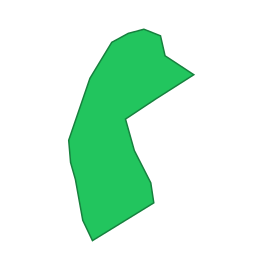 the border of Sheema, rotated 153°
{"feature_id": "UGA-5623", "entity_name": "Sheema", "entity_type": "District", "adm_level": 1, "iso_a3": "UGA", "parent_name": "Uganda", "parent_adm1": "", "projection": "orthographic", "projection_center": [30.327, -0.601], "detail": "fine", "context": "isolated", "style": "filled", "palette": "green", "viewbox_px": 256, "rotation_deg": 153, "n_neighbors": 0, "source": "natural_earth", "source_scale": "10m", "svg_char_len": 376}
<svg xmlns="http://www.w3.org/2000/svg" viewBox="0 0 256 256"><g transform="rotate(153 128 128)"><path d="M210.8,43.8L210.2,66.3L198.2,106.1L194.8,123.4L186.4,144.0L139.3,189.6L103.6,211.7L84.8,212.2L69.0,208.8L57.2,195.4L62.2,175.5L45.2,145.6L90.0,141.3L126.2,137.1L132.6,105.1L132.6,68.8L139.0,49.6L210.8,43.8Z" fill="#22c55e" stroke="#15803d" stroke-width="1.5"/></g></svg>